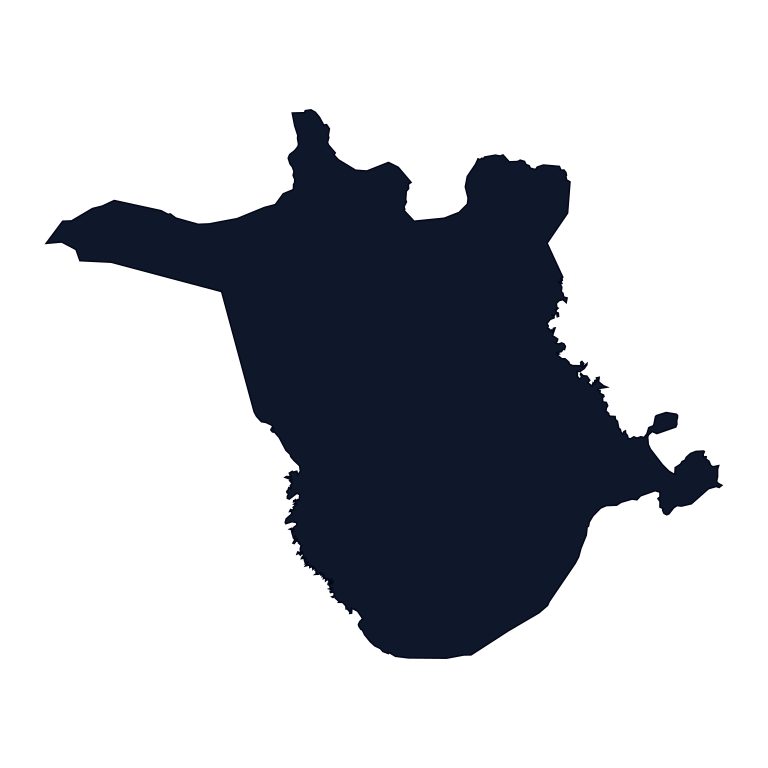 outline of Davst, Uvs, Mongolia
{"feature_id": "93677404B415729533363", "entity_name": "Davst", "entity_type": "district", "adm_level": 2, "iso_a3": "MNG", "parent_name": "Mongolia", "parent_adm1": "Uvs", "projection": "orthographic", "projection_center": [92.742, 50.438], "detail": "fine", "context": "isolated", "style": "filled", "palette": "ink", "viewbox_px": 768, "rotation_deg": 0, "n_neighbors": 0, "source": "geoboundaries", "source_scale": "gbopen_adm2", "svg_char_len": 6112}
<svg xmlns="http://www.w3.org/2000/svg" viewBox="0 0 768 768"><path d="M79.9,260.7L111.0,262.2L221.6,291.6L254.1,411.8L256.5,416.3L261.4,421.7L266.0,422.5L272.0,425.3L273.1,428.5L271.7,428.1L270.8,429.9L272.4,431.9L274.7,432.3L279.2,437.5L286.0,450.4L290.2,454.4L290.8,456.7L294.0,460.5L299.6,465.8L300.4,471.1L297.9,475.0L296.8,471.2L293.3,472.1L292.3,471.3L289.3,473.1L290.3,475.8L292.1,476.8L286.4,476.5L285.0,477.4L291.8,479.8L289.7,480.7L292.1,483.5L290.3,485.6L290.9,488.4L288.8,487.6L287.9,490.4L286.8,491.2L286.8,492.3L288.6,494.0L287.3,496.3L287.3,498.3L289.3,499.1L296.8,493.3L299.8,494.6L299.1,500.1L297.7,499.5L296.5,500.6L295.4,499.6L294.9,500.7L293.7,500.7L293.6,501.8L295.2,501.1L295.8,502.5L294.0,504.1L296.3,504.2L293.1,507.4L294.0,509.1L292.5,510.1L290.6,509.5L289.6,511.5L291.8,511.1L291.4,514.3L286.2,518.8L285.2,522.4L285.8,523.7L292.1,521.7L296.6,522.6L296.9,525.0L293.9,527.3L293.1,530.7L292.0,528.2L289.6,529.2L292.0,530.0L291.6,531.6L293.4,537.8L296.3,535.4L294.1,537.6L294.4,539.2L295.4,538.9L292.9,543.1L294.2,543.6L297.3,539.5L297.5,541.3L299.4,542.0L298.5,542.9L301.2,545.5L300.2,548.7L300.8,552.9L297.8,551.9L297.0,554.1L298.9,553.3L300.4,555.2L302.6,552.4L303.6,556.9L302.3,556.8L301.4,558.6L305.6,558.2L305.8,559.3L304.3,559.9L305.0,562.3L306.2,562.4L305.5,563.5L307.6,562.7L305.4,566.0L310.6,564.6L309.6,565.5L309.8,567.5L312.2,566.2L312.3,567.1L313.3,567.0L312.6,568.0L312.9,569.4L314.3,568.0L315.2,569.0L315.1,570.3L316.5,570.9L315.9,572.1L317.0,573.1L315.2,574.4L318.9,574.2L320.4,572.4L321.1,573.0L320.4,573.6L320.9,575.0L322.8,574.0L322.3,576.5L324.1,575.5L323.4,578.6L325.7,577.8L325.6,580.9L328.2,578.8L328.4,580.3L331.5,579.4L331.4,582.7L333.0,581.6L332.5,583.1L330.9,584.1L330.2,581.3L329.5,581.0L329.0,581.6L329.9,582.4L328.2,583.1L328.0,584.5L329.2,585.1L330.2,587.4L331.9,588.0L329.2,588.9L331.5,589.6L331.5,590.8L330.1,591.2L330.5,592.6L333.5,592.0L334.1,593.0L334.0,596.0L331.8,596.8L332.9,597.5L335.0,596.4L335.2,598.0L339.2,601.6L338.6,602.3L342.5,602.3L345.8,605.9L346.1,609.0L347.0,608.7L349.1,611.1L350.2,610.7L349.7,613.4L351.6,613.2L351.9,608.2L357.6,611.2L362.6,618.6L359.7,621.7L358.4,624.5L358.8,626.2L360.9,629.4L362.3,630.0L364.7,634.9L370.3,641.8L374.8,645.9L380.3,648.5L382.9,651.5L388.4,653.6L389.4,652.7L395.4,656.3L408.4,657.9L446.6,658.2L463.8,655.0L471.1,654.9L508.3,630.8L539.0,612.8L547.6,605.4L549.3,601.5L575.3,563.2L578.6,557.0L581.0,548.2L586.3,535.1L587.1,527.2L588.5,526.2L589.3,522.0L592.9,516.0L600.6,508.1L606.4,505.6L616.7,505.2L621.1,502.3L632.0,499.1L636.9,499.8L640.5,495.9L655.0,490.7L659.9,492.1L660.0,496.9L657.9,498.6L660.0,501.5L659.9,507.1L662.9,508.5L662.6,510.3L664.0,513.4L666.7,514.8L668.9,513.9L673.6,507.9L677.0,505.6L681.5,506.1L691.4,503.8L708.5,488.7L716.2,486.5L719.1,487.5L721.9,485.3L718.0,483.3L716.6,481.3L717.6,476.7L717.6,469.2L718.7,465.6L712.8,466.8L710.7,465.3L708.9,461.1L705.9,459.0L706.2,456.7L703.6,456.9L703.1,454.5L704.4,451.7L703.7,451.0L695.9,451.4L690.5,453.5L686.4,457.2L684.7,460.5L682.2,461.4L680.5,464.2L675.2,467.6L674.8,474.6L668.8,471.1L662.4,464.7L650.4,449.1L648.3,444.5L647.7,437.1L648.4,435.0L652.2,431.5L656.9,433.6L675.8,427.0L676.9,424.3L676.7,420.5L677.5,417.8L677.6,415.5L676.5,414.2L666.1,412.5L656.4,415.6L655.5,416.5L653.9,424.5L653.1,425.9L648.8,427.6L646.9,433.9L644.0,437.5L640.9,436.7L637.1,438.1L633.8,436.8L630.6,438.8L628.2,438.5L627.4,435.5L625.6,433.1L625.4,430.8L623.9,431.6L622.8,434.2L621.1,432.3L620.3,429.3L618.8,428.4L617.4,421.2L615.5,419.6L615.1,416.5L610.0,416.2L608.9,415.2L608.7,413.4L606.0,411.1L606.3,408.2L607.7,405.7L606.3,402.4L602.8,401.9L602.5,397.7L604.0,396.5L603.6,395.0L600.0,393.4L600.1,390.4L597.7,390.2L598.7,388.5L607.1,387.2L603.5,385.7L598.6,381.7L599.2,377.3L596.4,377.9L597.4,380.1L595.7,382.1L595.6,380.2L594.8,380.5L594.4,383.8L593.1,382.7L592.2,386.1L587.7,382.7L589.8,380.3L586.9,376.1L583.2,375.7L580.8,373.4L580.4,374.8L581.5,375.7L580.9,378.1L579.3,378.9L577.3,376.2L577.4,372.9L576.5,371.6L580.2,371.4L584.3,368.5L586.9,364.8L587.0,363.5L582.4,367.6L582.0,366.8L583.8,363.6L581.9,361.4L580.6,362.4L581.0,364.2L580.5,365.7L572.6,365.6L569.5,364.2L568.8,362.1L565.0,358.7L561.9,358.8L556.9,354.8L559.1,354.0L557.0,352.8L561.6,351.5L562.8,349.3L564.5,349.6L565.4,346.5L564.1,344.0L561.7,342.9L558.6,344.0L555.6,342.9L557.4,340.8L557.7,339.0L552.5,335.7L555.1,327.9L553.5,328.3L552.3,331.4L551.6,330.0L550.1,330.9L549.6,329.2L547.6,328.3L548.3,325.9L546.9,323.6L550.2,319.4L554.1,317.9L554.0,316.5L551.5,315.1L554.4,315.4L555.3,313.8L556.9,313.6L557.2,316.7L558.6,316.4L558.3,313.0L556.6,312.4L555.8,311.0L556.6,309.8L555.5,309.7L558.1,308.2L556.7,307.0L556.4,303.3L559.2,300.6L562.9,299.6L566.2,302.6L567.1,297.9L563.7,297.0L563.0,293.3L561.3,291.7L561.8,287.1L559.7,282.9L562.5,283.7L559.7,281.9L561.3,281.9L561.0,280.7L562.3,280.4L562.1,278.8L561.0,278.9L562.8,277.2L547.1,243.2L567.6,213.1L570.0,181.8L566.7,180.0L565.8,176.5L566.5,175.4L566.0,172.6L564.0,170.0L561.0,170.2L559.4,166.4L543.5,165.0L537.3,167.0L535.5,169.5L530.4,168.2L529.2,165.7L526.0,164.5L524.5,161.4L520.2,160.1L517.6,161.5L509.2,161.8L503.0,154.9L500.1,156.0L495.5,155.1L484.6,157.0L483.3,158.8L481.9,158.2L480.0,159.6L478.0,158.8L475.6,164.2L467.3,176.4L465.3,186.9L468.1,198.1L467.4,204.1L459.1,212.4L444.2,218.2L414.1,221.2L404.2,210.6L404.8,209.3L404.0,206.7L406.5,201.9L405.7,199.8L406.3,191.3L408.6,188.6L408.4,184.2L411.1,182.4L398.3,167.3L388.5,162.4L366.8,171.0L355.6,170.2L338.3,159.7L334.0,154.9L335.3,152.9L328.6,145.1L327.5,142.4L328.8,137.7L328.3,135.3L329.4,128.8L326.6,124.6L323.7,125.0L319.5,117.3L315.4,112.3L311.0,109.8L305.3,110.6L304.4,112.7L292.2,113.0L294.7,125.8L297.8,135.4L297.5,138.4L298.5,144.1L298.0,146.4L294.8,150.5L289.7,154.5L288.2,158.1L290.0,163.8L292.4,167.0L294.0,171.5L293.1,175.4L294.8,179.6L294.5,182.8L293.5,184.6L293.5,188.5L292.7,189.9L283.3,193.7L275.3,204.6L264.3,207.5L237.2,218.6L209.0,223.9L198.1,224.3L175.7,218.0L170.3,213.9L168.0,214.3L161.1,210.7L114.2,200.5L102.2,206.1L92.5,208.5L71.5,220.9L62.7,221.2L46.1,243.4L61.7,242.0L76.0,249.6L79.9,260.7Z" fill="#0f172a" stroke="#020617" stroke-width="1.5"/></svg>